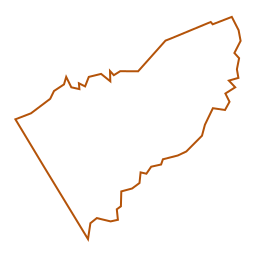 the district of Floyd, Virginia, United States of America
{"feature_id": "52423323B13194007767030", "entity_name": "Floyd", "entity_type": "district", "adm_level": 2, "iso_a3": "USA", "parent_name": "United States of America", "parent_adm1": "Virginia", "projection": "albers", "projection_center": [-80.326, 36.916], "detail": "fine", "context": "isolated", "style": "outline", "palette": "amber", "viewbox_px": 256, "rotation_deg": 0, "n_neighbors": 0, "source": "geoboundaries", "source_scale": "gbopen_adm2", "svg_char_len": 742}
<svg xmlns="http://www.w3.org/2000/svg" viewBox="0 0 256 256"><path d="M231.8,16.9L212.7,24.3L210.7,22.0L170.4,38.7L165.5,40.6L138.1,71.3L120.2,71.2L113.8,75.2L110.0,71.0L110.3,81.3L101.1,73.9L88.8,76.9L85.1,86.4L78.9,83.3L79.4,89.1L71.3,87.3L66.2,76.9L64.0,84.4L54.0,91.0L50.2,98.8L31.0,113.3L15.4,119.3L44.0,166.8L88.0,239.1L90.4,223.2L96.8,218.1L110.6,221.4L117.9,219.8L116.8,209.3L120.9,206.3L121.3,191.4L132.1,188.5L139.5,183.0L140.6,172.4L146.4,173.7L151.2,166.7L161.1,164.5L162.9,159.3L177.8,155.5L186.3,151.5L202.0,135.7L204.9,124.8L212.9,108.2L225.0,110.0L229.5,101.8L225.4,93.5L235.2,87.3L228.9,80.6L238.4,77.9L236.9,69.3L239.1,58.2L234.4,53.0L240.6,40.9L238.6,30.2L231.8,16.9Z" fill="none" stroke="#b45309" stroke-width="2"/></svg>